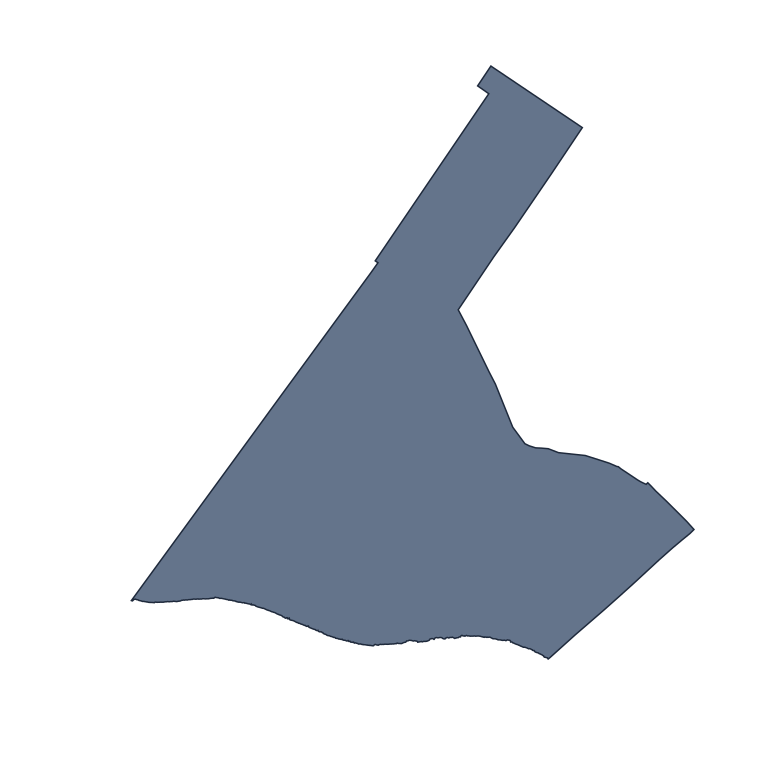 Berazategui, Buenos Aires, Argentina (orthographic projection), rotated 171°
{"feature_id": "61730980B8978802386403", "entity_name": "Berazategui", "entity_type": "district", "adm_level": 2, "iso_a3": "ARG", "parent_name": "Argentina", "parent_adm1": "Buenos Aires", "projection": "orthographic", "projection_center": [-58.113, -34.844], "detail": "fine", "context": "isolated", "style": "filled", "palette": "slate", "viewbox_px": 768, "rotation_deg": 171, "n_neighbors": 0, "source": "geoboundaries", "source_scale": "gbopen_adm2", "svg_char_len": 6141}
<svg xmlns="http://www.w3.org/2000/svg" viewBox="0 0 768 768"><g transform="rotate(171 384 384)"><path d="M667.4,209.6L666.5,209.1L665.7,209.5L665.4,209.9L664.7,210.3L663.1,210.4L662.1,209.7L660.7,209.3L660.0,208.6L657.9,207.8L656.5,207.0L656.0,207.0L654.7,206.7L654.0,206.3L653.2,206.2L652.5,205.8L651.9,205.8L651.1,205.3L649.5,204.9L648.8,204.8L645.9,204.2L645.3,203.9L644.8,204.0L644.5,204.3L644.0,204.4L642.4,203.9L639.4,203.5L638.7,203.5L637.4,203.2L636.1,203.0L634.0,203.1L633.3,202.9L632.0,203.0L630.2,202.5L628.9,202.5L627.1,202.2L625.9,202.4L622.8,201.5L620.7,201.6L619.4,201.5L617.6,202.0L616.6,201.9L615.8,202.0L614.8,201.7L613.3,201.8L612.3,201.4L610.3,201.6L609.4,201.3L608.2,201.4L607.2,201.2L606.1,201.4L605.2,201.3L603.3,200.8L602.6,200.9L601.9,200.8L601.3,200.9L601.0,200.6L600.4,200.4L599.3,200.4L597.8,200.1L596.5,200.3L593.7,199.6L592.7,199.6L591.2,199.3L588.4,199.4L587.4,199.2L586.8,199.3L585.8,199.0L585.2,199.2L585.0,199.5L584.5,199.7L583.7,199.7L583.3,199.3L582.1,199.1L581.5,198.8L580.9,198.8L580.3,198.2L579.7,197.9L578.3,197.8L574.0,196.2L573.6,195.9L572.4,195.6L571.8,195.3L571.2,194.8L570.8,194.7L570.5,194.9L569.0,194.3L568.1,194.2L567.5,193.8L567.2,193.5L566.0,193.3L564.3,192.6L564.1,192.2L563.4,192.0L562.6,191.6L561.2,191.1L560.6,191.2L557.9,190.0L556.7,190.0L556.2,189.9L555.8,189.3L555.1,189.3L552.4,188.1L551.0,187.7L549.8,186.7L549.5,186.6L549.3,187.2L548.9,186.6L548.6,186.3L547.8,186.4L546.9,185.8L546.6,185.8L545.8,185.4L545.4,184.7L543.6,183.6L540.2,182.1L539.1,181.5L538.1,181.3L537.7,181.1L534.7,179.0L533.8,178.7L533.7,178.5L532.3,177.9L530.7,176.7L530.0,176.5L528.8,175.8L527.4,175.2L525.9,173.9L525.0,173.3L524.3,173.0L523.8,172.7L523.6,172.3L523.0,172.2L522.0,171.7L520.8,170.7L520.4,170.0L520.0,169.7L518.8,169.1L518.4,168.4L517.9,168.1L517.5,168.0L517.1,168.1L516.8,168.4L516.3,168.4L515.6,167.8L515.8,167.2L514.8,167.1L514.2,167.5L514.1,166.9L514.3,166.5L514.2,166.2L513.5,165.6L512.8,165.3L510.7,164.5L509.5,163.7L507.9,162.4L507.2,162.0L506.9,162.0L506.5,161.8L506.0,161.2L505.4,160.9L505.1,160.9L504.3,160.5L503.8,160.0L502.2,159.3L501.8,159.1L501.4,158.6L500.7,158.3L500.3,158.0L500.0,157.9L499.6,157.9L499.4,157.8L498.7,156.8L497.3,156.6L496.8,157.0L496.4,156.6L496.3,155.8L496.1,155.4L492.5,153.2L491.3,152.6L490.1,152.1L489.9,151.6L489.6,151.3L488.9,151.0L488.3,150.9L487.7,151.0L487.6,150.3L487.4,149.9L486.1,149.2L485.8,149.1L485.1,149.2L484.6,149.0L483.9,148.1L483.3,148.0L482.9,147.0L481.6,146.2L480.5,145.7L479.6,144.7L478.6,144.2L477.2,143.9L476.6,143.3L476.1,143.0L475.1,142.7L473.2,141.5L472.7,141.5L472.2,141.3L471.9,141.1L471.6,140.5L471.1,140.3L469.6,139.9L469.2,139.7L468.9,139.3L468.2,139.2L467.2,138.7L466.2,138.5L465.9,138.3L465.3,138.5L465.0,138.3L464.8,137.8L464.4,137.4L462.4,136.9L461.1,136.0L460.5,135.9L459.9,136.1L459.6,136.3L459.4,136.2L459.2,135.5L459.0,135.3L458.8,135.1L458.0,135.3L457.7,135.2L457.3,134.3L456.9,134.1L455.9,134.0L455.0,133.6L454.7,133.9L454.2,133.6L454.0,133.0L453.7,132.7L452.6,132.8L451.8,132.3L450.4,131.7L450.1,131.3L449.8,131.1L449.2,131.1L448.4,130.9L447.8,131.0L447.3,130.6L447.0,130.5L446.4,130.1L445.6,130.1L445.4,129.8L443.3,129.4L442.2,128.9L441.5,128.9L440.7,128.4L439.6,128.3L439.1,128.0L438.3,128.0L437.7,127.6L437.2,127.6L436.2,127.2L435.4,127.1L435.1,127.2L434.4,127.9L433.5,128.2L431.4,127.1L430.8,127.2L430.3,126.9L429.6,127.3L428.8,127.3L428.4,127.5L427.2,127.1L425.7,127.0L425.1,126.8L423.9,126.9L420.9,126.3L419.3,126.2L418.8,126.3L417.8,126.0L415.8,125.9L415.3,125.7L413.3,125.8L412.9,125.6L412.3,125.6L411.8,126.0L411.2,126.0L410.5,125.5L408.8,125.2L407.7,124.9L407.0,124.9L405.8,125.3L404.6,125.6L403.1,125.6L402.6,125.9L401.8,126.7L400.6,126.5L399.4,126.9L398.9,126.9L397.0,126.4L395.4,125.6L394.9,125.5L394.1,125.7L393.7,125.6L393.2,125.3L391.8,124.9L391.3,124.4L391.1,123.7L387.2,123.8L387.0,123.5L386.4,123.3L385.0,123.6L383.6,123.3L382.0,123.2L379.8,123.7L379.2,124.0L378.6,124.8L378.0,125.0L377.3,124.9L376.6,125.1L375.5,124.8L374.6,123.9L374.4,123.9L373.5,125.0L372.9,125.3L371.9,125.4L370.4,124.8L368.3,124.9L366.8,124.5L366.4,124.2L365.8,123.5L364.8,122.9L364.0,122.7L363.5,122.7L363.2,122.9L363.1,123.3L362.1,123.5L361.5,123.8L360.9,123.7L359.8,123.0L359.4,123.0L359.0,123.3L358.6,123.4L357.1,123.1L356.7,123.1L356.3,123.3L355.8,123.1L354.7,122.2L354.4,122.1L353.9,121.6L353.2,121.8L352.3,121.8L351.9,122.0L350.4,121.8L349.1,122.5L348.0,122.2L347.3,123.3L346.3,123.6L345.4,122.8L344.4,122.6L343.9,122.4L343.7,122.6L343.2,122.3L341.9,122.8L340.7,122.0L339.6,122.0L338.6,121.5L335.1,121.0L334.3,121.1L333.1,120.6L330.2,120.4L329.5,120.1L328.6,119.9L326.8,119.0L326.4,119.0L325.6,118.4L325.2,118.5L324.5,118.1L324.0,118.4L322.2,117.7L321.8,117.9L321.1,117.5L319.5,117.5L318.8,117.3L317.7,116.4L317.2,116.1L316.7,115.6L316.1,115.3L313.9,114.9L311.9,113.9L311.5,113.5L309.3,113.1L308.1,112.6L306.9,112.2L304.9,112.1L304.0,111.5L303.6,111.4L302.2,112.0L301.6,111.7L300.2,111.3L299.6,111.0L299.3,110.4L299.3,110.0L299.4,109.7L299.3,109.3L298.6,109.3L297.9,109.0L297.6,108.8L297.2,108.1L296.5,107.9L295.9,107.4L294.0,106.2L292.8,105.7L291.7,104.9L291.3,104.8L290.3,103.9L289.9,103.8L289.5,103.4L289.1,103.3L287.6,102.2L286.1,102.0L284.2,101.0L282.7,99.9L282.4,99.8L281.3,99.8L280.2,99.0L279.8,98.6L279.1,98.3L278.9,97.7L278.7,97.6L277.8,97.2L277.5,97.3L277.2,97.0L276.9,96.0L276.1,95.4L274.6,94.6L273.8,94.4L273.4,94.0L273.1,93.6L272.8,93.3L271.8,92.9L271.2,92.3L270.3,91.8L269.6,91.0L268.9,90.6L268.8,89.8L268.3,89.1L267.3,88.8L266.6,88.4L265.5,88.0L264.9,86.7L262.9,87.8L234.4,106.3L201.9,126.5L185.2,137.2L168.0,148.4L139.7,167.3L124.7,176.9L114.4,183.1L105.0,188.6L100.6,191.8L106.5,200.9L123.1,223.7L132.5,236.0L136.2,241.5L138.9,245.2L140.8,243.9L143.8,245.9L145.9,247.4L148.8,249.8L162.0,262.0L163.2,263.1L165.5,265.7L166.9,266.1L173.8,270.5L196.4,281.9L222.4,288.9L231.9,294.4L238.8,296.1L244.2,297.2L250.2,300.2L254.2,303.0L263.6,321.2L274.0,366.5L278.3,379.5L293.3,428.7L299.1,445.7L255.6,492.5L230.6,517.9L185.9,565.3L148.0,606.2L228.7,681.3L244.9,663.8L235.1,654.3L373.4,507.0L371.0,504.7L379.1,496.4L501.5,374.8L515.8,360.5L667.4,209.6Z" fill="#64748b" stroke="#1e293b" stroke-width="1.5"/></g></svg>